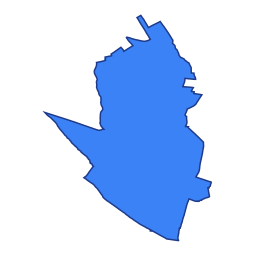 the district of Valeni, Vaslui, Romania
{"feature_id": "2599482B38233755560354", "entity_name": "Valeni", "entity_type": "district", "adm_level": 2, "iso_a3": "ROU", "parent_name": "Romania", "parent_adm1": "Vaslui", "projection": "natural_earth1", "projection_center": [27.752, 46.755], "detail": "fine", "context": "isolated", "style": "filled", "palette": "blue", "viewbox_px": 256, "rotation_deg": 0, "n_neighbors": 0, "source": "geoboundaries", "source_scale": "gbopen_adm2", "svg_char_len": 5745}
<svg xmlns="http://www.w3.org/2000/svg" viewBox="0 0 256 256"><path d="M178.6,240.3L178.4,240.0L178.1,239.5L178.0,239.1L177.9,238.3L177.9,237.6L178.0,237.0L178.1,235.8L178.3,235.3L178.7,233.2L178.9,231.1L179.2,229.6L179.3,228.8L179.4,228.1L180.2,228.2L180.6,226.7L180.8,226.3L180.8,226.0L181.0,225.4L181.1,224.8L181.2,224.7L181.2,224.4L181.3,223.8L181.5,223.6L181.9,222.8L182.7,219.4L183.9,215.6L184.1,215.3L184.4,214.0L187.1,203.8L187.3,203.5L187.4,202.9L188.0,201.7L189.0,198.9L192.4,200.2L195.6,201.3L196.0,201.3L196.6,201.2L196.9,201.3L197.5,201.3L197.8,201.0L198.1,201.1L198.4,201.3L198.6,201.4L199.2,201.2L200.2,200.3L200.7,200.2L201.6,200.3L202.0,199.7L202.2,199.4L202.5,199.3L203.1,199.1L203.8,198.9L204.7,198.4L205.3,198.1L207.9,197.4L209.1,196.9L209.5,196.5L207.9,187.8L209.1,187.9L209.3,186.7L209.6,186.5L210.2,186.2L210.4,185.4L210.5,184.4L210.7,184.2L211.0,183.5L211.1,182.9L211.1,182.0L210.3,181.7L209.5,181.6L207.4,180.9L202.7,179.3L199.5,178.3L195.9,177.0L196.2,176.4L198.5,172.6L198.8,171.9L199.5,169.4L199.8,166.1L200.2,163.5L201.0,159.8L202.3,153.9L202.5,152.7L203.0,149.4L203.4,147.5L203.6,146.4L203.4,142.1L197.4,136.2L194.8,133.7L191.8,131.0L187.7,127.2L188.2,126.7L187.2,126.6L185.5,126.5L185.6,125.7L186.4,124.7L186.7,123.6L186.9,122.7L186.9,121.8L186.9,121.1L186.7,119.9L186.5,117.8L186.6,117.2L186.7,116.7L186.4,116.3L185.8,116.0L185.5,115.7L185.2,115.3L185.1,114.9L185.2,114.5L185.4,113.8L186.2,112.2L186.5,111.4L187.1,110.0L187.1,109.3L187.2,109.1L187.8,108.7L189.0,108.3L193.0,106.3L194.4,105.4L195.2,104.8L195.8,104.2L196.4,103.2L200.8,96.4L201.9,94.8L201.6,94.7L193.8,93.5L194.2,91.8L191.4,91.4L191.6,90.8L192.3,89.3L193.3,87.6L191.3,87.3L183.0,86.7L182.8,86.6L184.6,81.8L184.9,79.6L184.9,78.4L194.2,79.3L195.6,79.3L195.6,79.1L195.6,78.5L195.1,77.1L194.6,76.1L194.4,75.7L194.0,74.2L193.9,73.8L194.0,73.2L193.6,73.1L191.4,73.0L191.3,72.7L191.2,71.3L191.2,70.1L191.2,68.4L191.1,67.4L190.9,67.2L190.6,66.4L190.2,65.8L189.7,64.8L189.2,63.6L188.8,62.8L187.7,62.3L187.2,62.0L186.8,61.5L186.4,61.2L186.0,60.9L185.4,60.7L185.0,60.3L184.8,60.0L184.5,59.5L184.2,59.1L183.6,58.7L181.8,57.8L181.0,57.5L180.5,57.2L180.1,56.7L179.5,55.9L179.1,55.3L178.8,54.5L178.8,53.8L178.6,53.4L178.0,52.1L177.3,50.5L176.9,49.7L176.4,49.2L175.6,48.7L175.1,47.2L175.1,46.8L175.1,46.2L174.9,45.7L174.7,45.4L174.2,45.0L173.9,44.5L173.0,43.8L172.5,43.5L172.5,43.3L172.6,42.9L172.7,42.3L172.8,41.5L172.7,40.9L172.9,40.2L172.3,39.5L170.2,36.0L168.2,32.8L163.5,26.0L162.5,24.8L160.2,21.5L158.1,22.6L152.8,25.2L151.4,25.9L151.1,26.1L148.5,27.5L147.9,26.6L147.7,26.2L146.3,23.8L144.7,21.3L144.0,19.9L143.3,18.9L142.4,17.8L140.8,15.4L140.5,15.5L139.6,16.1L137.0,17.6L138.0,19.1L140.5,23.4L141.1,24.3L144.8,30.1L145.8,31.9L146.5,33.2L147.3,34.4L147.9,35.2L149.5,38.1L150.3,39.3L148.4,40.4L145.5,41.2L144.8,41.3L143.0,41.2L140.3,40.7L138.7,40.3L135.3,39.6L131.3,38.5L130.7,38.2L129.9,37.9L127.5,37.3L127.0,37.2L126.8,37.2L126.6,37.3L126.4,37.6L127.9,39.8L128.3,40.5L128.6,40.8L129.4,41.8L130.2,42.5L131.5,44.0L132.9,45.7L123.8,51.3L123.7,50.9L123.2,49.9L122.0,48.5L120.9,47.3L114.2,52.1L111.1,54.1L111.5,55.2L111.6,55.7L110.5,56.0L109.1,56.3L108.8,56.3L105.1,57.1L105.3,58.1L105.6,58.9L105.0,59.1L105.4,60.4L104.1,60.8L102.2,61.3L96.5,62.5L96.6,63.1L96.7,63.7L96.6,64.2L96.4,65.9L96.1,66.5L95.9,67.2L95.4,68.2L95.0,69.1L94.5,70.2L94.3,71.0L94.3,71.5L94.4,72.8L94.6,73.7L95.9,76.2L96.5,77.3L97.2,79.4L97.3,79.7L97.2,80.0L96.6,81.0L96.5,81.5L96.5,83.2L96.7,83.8L96.8,85.3L96.6,86.2L96.6,86.8L96.6,87.3L97.3,89.5L97.5,90.0L98.2,91.4L98.6,92.4L98.7,92.9L99.1,94.5L99.3,94.9L99.6,95.4L100.6,96.6L100.8,97.0L100.9,97.3L101.0,97.6L101.0,97.9L101.0,98.5L100.9,99.4L101.0,99.9L101.1,100.4L101.1,100.7L100.9,101.5L100.8,102.1L100.8,102.7L101.0,103.9L101.2,104.8L101.4,105.3L102.5,107.4L102.6,107.7L102.7,109.2L102.7,109.5L102.3,110.2L100.9,111.9L100.7,112.7L100.5,113.4L100.4,114.3L100.2,118.4L100.3,120.0L100.3,121.7L100.3,122.3L99.9,122.9L100.0,123.0L100.3,123.8L100.5,124.7L100.7,125.3L100.9,125.8L101.5,126.6L102.8,128.2L103.9,129.3L102.1,129.4L101.4,129.7L100.7,130.1L99.4,130.3L98.6,130.3L98.1,130.2L92.1,128.2L91.8,128.0L90.4,127.6L82.4,124.8L80.8,124.3L80.3,124.0L78.0,123.3L74.8,122.1L74.3,122.0L67.1,119.6L44.9,112.5L47.5,115.3L49.2,116.6L50.6,117.6L55.2,122.2L56.7,123.9L57.8,126.3L58.5,127.1L59.6,128.8L63.2,132.9L65.1,135.4L65.7,135.8L66.4,136.4L66.8,137.0L67.1,137.8L67.6,138.2L68.5,138.6L69.1,139.2L70.2,140.8L70.9,141.2L71.1,141.4L71.1,141.7L71.3,142.3L71.5,142.6L71.9,143.0L72.3,143.2L72.3,143.4L72.8,143.9L73.0,144.0L73.3,144.2L74.2,145.1L74.5,145.5L75.3,146.3L75.7,146.3L75.9,146.5L76.1,146.9L77.4,148.1L77.6,148.5L77.9,148.9L77.8,149.1L77.9,149.3L78.4,149.7L79.1,150.0L79.5,150.5L80.1,150.6L80.6,151.1L81.0,151.6L81.1,151.9L81.2,152.3L81.4,152.4L82.0,152.9L82.6,153.3L83.1,153.8L83.4,154.1L83.9,154.4L84.4,154.8L85.4,155.6L85.8,155.9L86.2,156.0L86.5,156.2L86.9,156.6L87.3,157.7L87.6,157.8L88.0,158.1L88.1,158.5L88.5,159.3L89.4,159.8L89.9,161.3L90.0,162.0L90.1,162.3L90.3,162.5L90.1,162.9L90.4,163.3L90.9,163.6L91.6,163.6L91.9,164.1L92.2,164.4L92.2,164.8L92.5,165.5L93.5,166.3L92.8,167.0L88.8,172.4L88.4,173.1L87.5,174.4L86.2,176.0L83.9,177.7L86.2,179.2L87.2,180.1L88.9,181.3L92.2,183.5L93.7,184.6L94.5,185.5L95.5,186.9L96.4,187.7L96.8,188.0L99.1,191.1L101.8,194.9L102.6,195.9L103.0,197.2L104.4,198.6L107.1,200.8L108.3,201.5L117.3,207.9L118.7,209.0L120.5,210.2L123.8,212.6L124.7,213.0L125.4,213.8L126.3,214.6L127.9,215.7L129.9,217.4L132.4,218.9L133.9,220.1L136.7,221.9L137.9,222.7L138.5,223.2L140.2,224.3L145.6,227.2L146.0,227.5L146.8,228.0L148.1,228.5L151.4,230.3L150.2,230.3L150.2,230.9L151.8,231.1L151.9,230.6L156.0,232.9L156.6,233.3L166.0,238.4L166.5,238.9L178.4,240.6L178.6,240.3Z" fill="#3b82f6" stroke="#1e3a8a" stroke-width="1.5"/></svg>